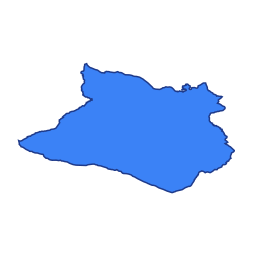 Puente Nacional, Santander, Colombia, rotated 95°
{"feature_id": "7082276B3826053378979", "entity_name": "Puente Nacional", "entity_type": "district", "adm_level": 2, "iso_a3": "COL", "parent_name": "Colombia", "parent_adm1": "Santander", "projection": "equal_earth", "projection_center": [-73.687, 5.82], "detail": "fine", "context": "isolated", "style": "filled", "palette": "blue", "viewbox_px": 256, "rotation_deg": 95, "n_neighbors": 0, "source": "geoboundaries", "source_scale": "gbopen_adm2", "svg_char_len": 5688}
<svg xmlns="http://www.w3.org/2000/svg" viewBox="0 0 256 256"><g transform="rotate(95 128 128)"><path d="M161.9,37.0L161.7,35.6L160.8,35.2L160.2,34.5L158.8,31.6L158.4,31.1L157.6,31.1L156.2,30.0L156.1,29.5L156.1,28.7L155.8,27.8L155.3,27.2L154.6,26.9L154.1,27.4L153.2,26.7L152.9,26.1L152.4,26.1L152.4,25.4L152.0,24.8L150.5,24.3L149.1,22.8L148.8,23.2L148.2,23.4L146.6,23.4L144.8,22.8L143.8,22.7L142.6,20.8L141.7,20.2L141.1,20.2L137.8,24.4L137.4,25.5L136.3,27.1L135.5,29.3L135.0,29.9L134.7,29.0L133.5,27.4L132.5,28.5L131.5,30.2L130.8,30.2L130.1,29.9L129.8,29.7L129.4,28.9L128.5,28.6L127.8,28.7L127.3,29.9L126.7,30.9L126.3,31.0L125.9,31.6L125.2,31.6L123.6,32.8L123.3,33.2L122.9,34.2L122.2,33.8L121.8,34.4L121.4,34.1L121.0,34.4L121.1,34.6L120.9,35.8L120.5,36.2L120.0,36.0L119.3,37.5L118.6,38.7L118.7,39.5L118.1,40.0L118.3,40.2L118.1,41.0L118.3,41.5L118.0,41.6L117.9,42.5L118.1,42.9L118.0,43.1L117.8,43.2L117.3,42.9L117.1,43.0L117.2,43.6L117.1,43.9L116.4,44.5L115.9,44.4L115.3,46.3L114.4,46.8L114.3,47.2L113.6,47.6L110.6,47.8L110.2,48.2L109.7,48.3L108.9,48.2L107.4,47.4L106.8,47.4L105.9,46.7L105.5,45.2L105.3,43.6L104.7,43.0L104.1,41.0L103.7,40.3L103.6,39.0L102.9,37.7L102.7,36.4L102.3,35.0L100.3,33.1L99.4,33.1L99.0,33.2L98.3,33.9L97.8,35.8L96.8,37.3L96.2,38.5L95.7,40.0L95.6,41.0L94.6,40.5L93.8,39.9L93.1,40.3L92.1,40.4L90.2,38.1L88.7,36.9L88.4,37.6L88.5,40.1L88.2,41.4L88.5,42.5L87.7,42.8L87.0,44.6L86.8,45.8L86.4,46.3L85.8,46.6L85.0,48.6L83.9,50.0L83.8,51.1L82.3,52.3L80.5,52.6L77.9,54.0L76.4,54.6L76.6,56.6L76.9,57.3L78.8,59.6L79.8,61.6L80.2,61.9L80.8,61.8L81.7,62.0L82.1,62.4L82.3,62.9L82.3,63.5L81.9,65.6L82.2,66.7L82.2,67.8L82.5,68.1L83.7,68.3L83.9,68.4L84.2,69.2L84.2,69.7L84.0,70.2L83.4,70.5L83.0,70.4L82.1,69.6L81.2,69.7L80.5,70.0L80.3,71.1L79.3,72.1L79.1,72.5L79.3,74.0L79.5,74.3L79.8,74.4L80.3,74.0L81.2,76.0L81.5,77.2L82.8,77.3L83.1,77.1L83.4,76.1L83.8,75.9L84.1,76.0L84.9,77.6L85.1,77.5L85.2,77.0L84.3,74.2L84.5,73.7L85.4,73.3L85.6,73.5L86.9,75.9L87.3,76.2L87.2,76.9L86.9,76.9L86.8,77.3L86.7,78.1L86.9,79.2L86.6,80.0L87.2,80.7L87.5,81.4L87.5,82.0L87.1,82.2L87.1,82.4L87.3,82.7L87.3,83.6L86.7,84.8L85.3,86.1L84.0,87.8L83.7,88.4L83.5,89.6L83.5,90.4L83.9,92.0L83.7,93.9L84.6,95.3L85.0,97.0L85.6,97.5L86.8,99.7L86.9,103.8L86.5,105.8L86.3,106.3L85.2,107.3L81.2,112.3L78.9,116.0L78.1,117.1L76.4,120.8L76.0,123.4L75.9,124.4L76.0,125.8L75.8,127.3L75.3,128.6L75.0,130.9L75.2,135.4L74.9,136.2L73.7,138.7L73.4,139.8L73.5,141.2L73.4,141.9L72.8,143.0L72.8,143.4L73.8,145.5L74.0,146.8L73.8,150.8L73.5,152.0L73.6,153.4L73.5,154.3L73.6,154.8L74.2,155.3L74.5,156.1L75.2,156.1L75.2,159.3L74.6,160.7L73.0,163.4L72.6,165.9L71.3,169.9L71.3,170.5L70.8,171.5L70.1,172.6L68.7,174.2L67.5,174.8L68.4,176.7L69.3,176.6L71.0,177.0L74.0,176.9L74.8,177.1L75.2,177.4L75.5,178.6L76.0,179.4L77.1,179.7L77.7,179.3L78.4,177.5L78.6,177.4L79.1,177.4L79.7,177.9L80.0,177.8L80.1,177.0L80.3,176.9L81.4,177.2L82.0,176.9L83.1,176.7L84.1,175.4L85.8,175.6L86.7,175.3L87.4,175.6L87.9,176.3L88.5,176.8L90.6,177.9L91.5,178.0L92.0,177.7L92.6,177.7L93.4,177.3L93.8,177.6L94.3,177.6L95.0,177.3L95.6,176.3L95.9,176.1L96.9,176.1L98.2,175.3L98.5,175.3L98.8,175.9L99.0,175.9L100.8,173.0L100.7,171.6L101.4,170.6L101.3,169.7L101.6,168.9L102.3,168.1L102.3,167.4L102.0,166.6L102.4,166.3L103.5,166.3L103.5,167.0L103.3,167.6L103.4,167.8L104.8,168.3L104.8,168.6L104.6,169.0L105.1,170.1L105.8,170.3L106.2,171.7L107.1,171.5L107.2,171.8L109.9,173.6L109.8,175.2L111.5,177.0L111.7,177.9L112.4,178.1L112.6,178.7L113.0,178.6L113.3,178.9L114.2,180.7L115.2,182.1L116.1,183.8L116.4,185.4L117.1,187.0L117.4,187.4L118.1,187.7L118.5,188.3L118.9,190.4L119.1,190.8L120.0,191.4L121.6,193.2L122.7,194.1L123.2,193.4L124.8,195.8L125.5,196.2L125.9,197.1L128.0,197.0L128.7,196.5L133.1,199.0L134.4,199.8L134.8,200.4L135.6,202.2L135.9,203.8L136.2,204.8L137.0,205.6L137.5,207.9L138.2,209.7L138.3,210.8L138.8,212.2L138.7,213.5L139.4,215.0L139.3,215.7L139.7,216.2L140.7,218.4L140.9,219.6L141.2,220.0L141.6,220.0L142.0,220.4L143.4,223.2L143.8,223.7L144.7,224.4L144.7,225.6L145.0,226.2L145.4,227.4L145.8,227.1L146.9,228.3L148.7,231.3L149.6,232.2L150.3,233.7L150.4,234.2L150.3,235.3L150.1,235.8L152.5,235.0L153.8,234.9L155.4,233.1L155.9,233.0L156.4,230.8L158.2,227.7L159.2,224.9L159.8,224.0L159.7,221.5L160.4,220.5L160.6,219.4L160.9,218.4L160.8,216.0L161.4,213.7L161.6,212.1L161.7,211.1L161.6,210.7L161.8,210.1L163.7,209.2L165.2,207.2L165.3,205.4L165.5,204.8L166.3,203.7L166.4,203.0L166.6,202.2L166.7,200.6L166.3,196.7L166.5,194.0L166.1,193.0L166.0,192.4L166.2,192.0L166.6,191.6L166.6,189.6L166.9,188.5L167.1,185.5L168.2,183.2L169.2,179.6L169.5,176.6L169.0,166.8L168.9,166.2L168.1,164.8L167.1,160.2L166.9,158.4L167.4,157.0L167.5,155.4L167.8,155.2L168.0,154.7L168.1,151.8L168.7,149.5L169.5,145.5L170.0,145.1L170.5,144.2L170.7,141.7L170.9,141.1L170.7,140.1L170.9,139.4L171.0,138.5L171.3,137.9L171.2,136.9L171.0,136.7L171.0,136.2L170.5,135.9L170.5,135.6L170.8,134.6L171.2,134.4L171.7,133.5L171.9,131.0L172.9,130.3L173.3,129.5L173.5,129.4L173.7,128.4L173.6,125.5L173.8,123.4L174.5,120.6L175.7,119.0L176.1,117.2L177.6,114.1L180.1,107.7L181.0,104.6L181.7,103.0L181.7,102.4L182.0,102.0L182.9,99.1L182.9,97.5L183.2,95.7L184.9,92.1L185.6,89.5L186.0,87.7L187.4,83.6L188.5,78.7L188.4,77.9L187.7,76.7L187.4,75.6L186.7,74.7L184.7,68.6L182.5,65.8L180.9,62.6L180.8,62.3L180.8,61.5L180.2,60.5L179.1,59.7L177.6,59.1L175.8,58.0L174.7,57.5L173.6,57.4L173.4,56.9L172.7,56.8L172.0,56.4L171.2,55.6L170.3,55.5L169.5,54.5L168.7,54.4L168.4,53.9L167.1,53.8L166.0,53.5L165.2,52.4L165.0,51.7L164.4,50.9L164.6,49.3L165.2,48.0L165.8,47.3L165.8,47.1L165.2,46.3L164.8,44.7L165.3,42.6L165.2,42.0L163.6,39.8L161.8,38.0L161.7,37.7L161.9,37.0Z" fill="#3b82f6" stroke="#1e3a8a" stroke-width="1.5"/></g></svg>